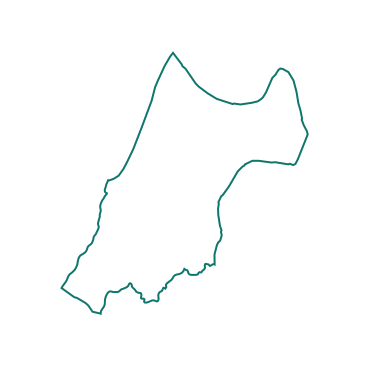 Pochuta, Chimaltenango, Guatemala (Equal Earth projection), rotated 21°
{"feature_id": "79465075B89019096689616", "entity_name": "Pochuta", "entity_type": "district", "adm_level": 2, "iso_a3": "GTM", "parent_name": "Guatemala", "parent_adm1": "Chimaltenango", "projection": "equal_earth", "projection_center": [-91.081, 14.532], "detail": "fine", "context": "isolated", "style": "outline", "palette": "teal", "viewbox_px": 384, "rotation_deg": 21, "n_neighbors": 0, "source": "geoboundaries", "source_scale": "gbopen_adm2", "svg_char_len": 3899}
<svg xmlns="http://www.w3.org/2000/svg" viewBox="0 0 384 384"><g transform="rotate(21 192 192)"><path d="M279.4,96.9L277.6,94.2L272.3,89.5L268.5,85.2L268.5,84.1L264.2,77.2L259.6,71.2L253.7,61.1L246.8,51.5L239.0,45.5L232.7,44.6L230.2,45.1L228.9,47.2L227.9,52.5L226.1,56.7L225.4,72.4L224.3,78.3L223.0,80.8L220.9,83.8L216.0,87.2L205.9,92.9L199.4,94.4L198.5,95.3L181.8,96.2L171.4,94.3L160.5,91.2L156.4,89.3L141.7,79.2L138.0,78.0L136.8,76.6L124.4,68.9L123.0,73.6L121.3,84.0L120.2,100.7L120.0,107.3L121.6,121.4L121.9,149.3L121.8,173.2L120.7,186.8L119.7,195.3L117.7,203.0L114.3,207.6L110.5,210.9L109.5,211.0L109.5,212.0L109.4,214.3L109.3,215.4L109.5,217.2L109.7,219.0L109.7,220.1L109.8,221.4L110.6,222.9L111.3,223.3L112.3,223.7L113.0,223.7L113.0,224.9L112.4,226.2L112.1,227.4L111.9,228.9L111.7,230.3L111.2,232.0L111.1,233.4L111.0,235.3L111.1,236.3L111.2,237.5L111.6,238.7L112.1,239.8L113.0,241.0L113.5,242.1L113.7,243.2L113.8,244.7L114.0,245.9L114.3,247.2L114.8,248.2L115.0,251.0L115.1,251.9L115.2,252.9L115.4,254.2L115.6,255.2L116.1,256.2L117.1,257.4L117.7,258.7L117.7,260.6L117.6,261.8L117.4,263.6L117.4,264.9L117.2,266.3L116.6,267.8L116.4,269.0L116.5,270.4L116.9,271.6L116.9,273.0L116.9,274.8L116.7,276.0L116.1,277.3L115.4,278.4L114.9,279.2L114.5,280.0L114.4,281.3L114.5,282.8L114.5,283.8L114.4,285.3L113.9,286.6L113.1,287.9L112.5,288.7L111.6,289.9L110.9,290.7L110.3,291.9L110.0,293.3L109.9,294.4L110.0,295.9L110.2,297.5L110.5,298.8L110.9,300.7L110.9,302.1L110.9,303.3L110.7,304.8L110.5,306.2L110.0,307.7L109.6,308.5L109.1,309.7L108.4,310.9L107.8,311.9L107.2,312.9L106.8,314.5L106.7,315.4L106.7,316.4L106.7,318.0L106.6,319.5L106.4,320.8L106.2,321.7L105.7,323.4L105.3,325.1L105.0,326.1L104.8,327.2L104.6,328.4L119.8,332.4L122.5,332.1L132.5,333.8L136.0,335.2L142.0,339.4L150.4,338.3L149.9,336.8L149.8,335.5L150.1,333.7L150.5,332.1L150.8,330.8L150.9,329.6L150.7,327.8L150.4,326.9L150.0,325.6L149.6,324.5L149.3,323.4L149.1,321.7L149.0,320.4L149.1,319.2L149.2,318.1L149.5,316.5L149.8,315.7L150.5,314.6L151.7,313.9L153.1,313.7L154.3,313.7L155.1,313.4L156.2,312.8L157.1,312.6L158.3,312.1L159.3,311.2L160.0,310.0L160.8,308.4L161.5,307.7L162.8,306.7L164.0,305.4L164.6,304.9L165.4,304.0L166.1,302.4L166.2,300.6L166.8,299.4L168.1,299.5L168.8,300.0L169.3,300.8L169.7,301.7L170.9,302.5L172.2,303.0L172.9,303.3L174.0,303.8L174.9,304.5L175.9,305.1L176.8,305.2L178.1,305.3L179.4,304.9L180.5,304.8L181.5,305.8L181.8,306.8L182.0,307.7L182.3,309.2L183.2,309.6L184.3,309.2L185.2,308.9L186.0,309.2L186.3,310.2L186.5,311.4L187.3,312.1L188.6,311.8L189.5,311.3L190.7,310.3L191.7,309.4L192.7,308.4L193.4,307.7L194.4,307.1L195.4,306.8L196.4,306.8L197.3,306.8L198.5,306.7L199.3,305.8L199.2,303.8L198.3,302.1L197.7,301.0L197.4,299.9L197.3,298.3L197.8,297.0L198.4,296.3L199.4,295.1L199.5,293.2L199.6,291.7L200.5,291.5L201.7,291.8L202.1,290.1L201.6,289.3L201.0,288.2L201.0,287.3L201.5,285.9L202.2,284.9L202.7,284.0L203.1,283.3L203.8,282.3L204.3,281.4L204.8,279.7L204.9,278.7L205.2,277.2L206.1,275.6L207.1,274.7L208.1,274.0L209.4,273.3L210.6,272.1L211.4,271.2L211.8,270.4L212.3,268.9L212.4,267.8L212.4,266.5L213.4,266.8L214.5,266.9L215.6,266.8L216.6,267.5L217.4,268.7L218.5,269.6L219.5,269.8L220.3,269.8L222.0,269.3L223.1,268.8L224.3,268.4L225.1,268.0L226.1,267.6L227.0,266.6L227.1,265.3L227.7,264.2L228.6,264.1L229.5,263.7L229.9,262.1L230.4,261.0L231.0,260.1L231.3,258.7L231.1,257.6L230.6,256.8L230.1,255.4L230.3,254.3L231.1,254.1L232.2,253.9L233.4,253.7L234.2,254.2L235.3,254.6L236.3,253.5L237.1,252.3L238.0,251.6L239.1,251.6L235.4,242.3L234.3,232.8L234.5,229.8L235.7,227.3L235.3,221.8L233.3,218.8L233.3,217.3L230.2,213.5L224.6,203.7L222.2,197.9L221.3,193.5L220.3,192.0L220.8,185.4L221.8,183.9L224.5,173.7L227.3,156.4L229.9,150.5L231.5,148.3L231.5,147.3L237.1,141.3L243.0,139.0L256.0,135.9L258.9,134.4L271.9,131.7L273.2,130.6L276.7,130.6L278.5,128.8L279.1,123.3L279.4,96.9Z" fill="none" stroke="#0f766e" stroke-width="2"/></g></svg>